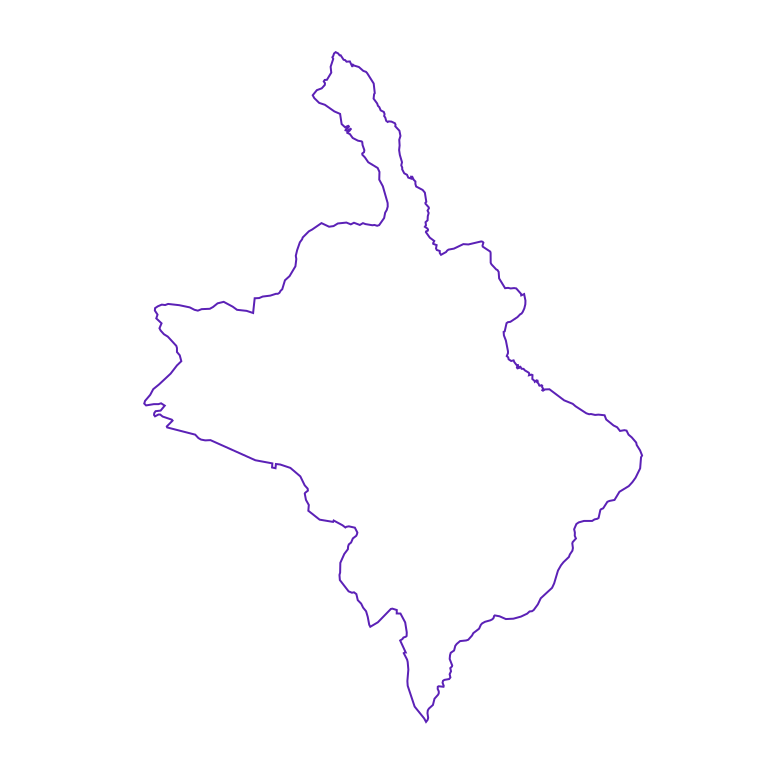 Moreni, Dâmbovita, Romania (Robinson projection), rotated 47°
{"feature_id": "2599482B38559209444692", "entity_name": "Moreni", "entity_type": "district", "adm_level": 2, "iso_a3": "ROU", "parent_name": "Romania", "parent_adm1": "Dâmbovita", "projection": "robinson", "projection_center": [25.624, 44.986], "detail": "fine", "context": "isolated", "style": "outline", "palette": "violet", "viewbox_px": 768, "rotation_deg": 47, "n_neighbors": 0, "source": "geoboundaries", "source_scale": "gbopen_adm2", "svg_char_len": 6165}
<svg xmlns="http://www.w3.org/2000/svg" viewBox="0 0 768 768"><g transform="rotate(47 384 384)"><path d="M659.8,583.7L659.4,581.2L658.3,579.4L654.4,576.7L652.6,574.6L652.0,572.6L652.1,567.1L648.6,561.7L648.1,556.2L647.4,554.7L646.0,553.5L643.6,552.7L642.1,551.1L642.4,550.1L646.0,547.0L645.5,546.2L642.4,544.9L641.3,543.2L641.6,541.6L644.2,537.6L643.9,535.6L641.0,533.9L639.8,530.9L637.0,529.3L636.9,526.9L636.4,526.1L629.9,523.5L627.4,520.7L626.1,518.5L626.7,514.5L624.1,510.4L623.7,508.1L623.9,503.7L627.6,498.8L628.5,496.8L628.0,491.2L627.1,488.6L627.8,481.3L626.2,477.5L626.0,475.5L626.8,472.3L629.4,467.3L630.0,465.1L629.8,463.3L628.8,461.8L628.8,460.8L632.7,457.9L639.0,455.2L643.9,449.4L647.5,442.5L649.6,435.9L649.6,432.7L651.1,430.7L651.4,428.7L650.1,421.8L647.6,415.5L647.7,400.1L645.9,395.6L639.1,384.0L637.3,378.2L636.7,374.2L636.6,366.7L635.4,364.3L634.4,359.9L632.8,357.7L629.0,355.0L628.3,353.8L627.9,349.0L625.1,348.0L622.8,345.7L619.9,344.0L617.6,338.8L618.0,336.0L620.5,331.2L626.1,325.2L626.6,322.4L628.1,319.8L628.3,318.4L623.7,311.7L623.6,310.7L624.4,308.5L622.5,301.0L623.3,298.8L626.0,294.5L623.4,285.3L625.6,274.6L625.2,269.4L624.1,263.9L620.4,254.2L612.9,246.0L612.3,244.0L607.2,242.0L601.0,240.8L598.8,239.5L592.0,239.2L587.8,239.7L583.5,238.4L581.7,239.7L579.3,243.4L574.6,243.0L570.9,244.4L561.5,245.7L557.3,244.0L552.7,248.0L550.6,250.7L547.1,253.1L546.0,254.6L543.4,256.0L530.9,259.1L527.2,259.5L518.8,263.4L500.7,266.6L497.8,269.9L497.3,272.3L496.5,272.5L496.0,270.8L494.1,270.5L493.1,269.4L492.2,269.7L491.7,271.1L491.0,271.5L489.0,270.7L486.8,270.8L486.9,269.8L486.2,269.4L485.3,270.0L485.2,272.2L484.3,271.8L481.5,272.1L478.7,269.3L477.8,269.7L476.5,272.0L475.8,270.9L474.5,270.4L470.0,271.7L468.1,271.6L466.7,273.0L464.4,272.5L464.0,273.3L464.4,274.2L463.6,275.7L462.6,275.6L462.2,275.0L462.7,273.8L461.5,273.1L460.5,274.1L457.0,273.8L455.1,273.1L453.9,275.3L450.9,276.0L449.2,275.0L447.3,275.2L446.0,272.3L444.6,271.0L435.3,265.2L430.3,263.2L427.5,261.0L427.8,259.8L423.1,252.9L423.3,251.2L424.7,249.2L426.1,240.8L425.9,236.7L426.3,235.5L425.9,233.4L424.4,229.8L422.1,226.3L419.5,223.7L413.8,220.2L412.8,223.2L411.4,222.3L404.3,222.1L402.6,223.4L400.5,226.2L398.3,227.7L396.5,230.1L385.3,227.8L380.2,223.7L378.0,223.3L376.8,223.8L369.8,223.8L368.1,223.3L360.8,216.6L359.6,216.0L350.9,218.1L350.0,217.6L348.4,214.9L347.2,214.9L346.0,215.7L339.5,227.1L335.8,230.6L332.7,240.5L329.7,245.2L329.5,246.9L329.8,248.6L328.4,254.2L326.3,253.9L324.7,252.5L322.0,254.0L320.3,253.5L318.3,250.8L315.1,252.4L314.5,252.0L313.7,249.7L308.2,250.7L301.5,249.8L301.1,249.2L301.7,247.4L301.2,246.6L300.0,246.2L296.9,246.9L296.5,245.0L294.0,243.3L294.0,240.5L291.1,237.5L289.4,234.7L286.9,233.9L286.1,231.3L285.3,230.8L280.4,230.7L279.7,230.1L279.6,228.8L271.9,223.6L268.4,223.4L261.5,225.8L259.1,224.6L257.3,222.9L254.9,223.0L251.7,222.0L250.9,222.8L252.4,224.0L249.6,225.5L246.7,224.5L243.7,225.5L239.4,224.3L238.2,223.1L235.8,222.2L234.1,219.6L227.3,216.2L223.2,213.4L220.2,209.9L215.8,206.3L213.8,202.8L209.3,200.0L203.2,200.0L202.2,198.7L200.7,198.2L197.2,199.6L195.2,201.4L194.9,202.6L193.0,202.9L190.1,201.4L188.1,201.1L187.0,199.5L184.9,198.6L181.6,199.8L178.3,198.6L176.4,198.7L174.2,197.7L168.2,197.0L165.3,193.6L165.0,192.4L157.2,186.6L145.1,184.3L143.4,184.3L140.9,185.6L135.0,186.2L130.7,188.7L129.0,189.0L128.7,189.6L129.1,190.1L129.9,189.9L130.1,190.3L129.8,190.6L124.8,189.0L122.7,191.6L120.7,191.5L119.3,192.4L114.0,191.5L113.4,192.3L110.9,192.1L108.3,193.1L108.2,195.1L109.6,197.7L109.8,198.9L111.6,199.4L115.6,206.7L120.3,210.2L122.6,218.3L121.2,220.0L121.6,221.7L123.7,222.0L124.9,223.3L125.3,227.9L123.3,232.7L124.2,239.2L127.3,240.0L134.2,239.7L139.5,236.8L150.8,234.4L156.5,231.9L165.0,237.7L169.6,237.4L170.8,234.1L171.7,234.0L172.1,234.9L171.7,238.1L172.2,239.1L173.7,238.2L174.8,233.6L175.3,236.5L174.8,239.1L175.3,239.6L177.9,238.5L182.7,239.1L188.3,237.1L191.3,234.9L192.2,234.9L194.6,236.7L199.6,238.9L200.8,240.5L200.6,242.7L201.6,243.5L205.2,243.4L211.1,244.3L221.7,241.3L225.8,242.7L231.3,248.1L238.6,250.0L254.1,257.9L256.8,260.3L258.6,263.3L259.5,266.3L262.7,270.7L264.5,279.2L263.6,281.1L261.2,282.5L260.0,284.2L254.4,288.5L252.0,289.7L251.2,293.2L245.6,296.0L244.6,299.4L240.3,301.4L235.1,308.3L234.1,313.2L231.5,316.9L223.7,320.0L222.0,331.3L221.1,334.8L221.4,343.5L222.3,345.2L223.0,348.9L226.9,356.3L230.1,361.1L232.8,362.9L237.5,368.5L240.7,379.5L240.6,385.7L245.3,393.8L245.3,396.1L246.0,398.3L245.6,400.2L244.3,401.6L241.8,406.9L237.3,413.1L236.0,416.7L233.1,420.1L242.8,431.3L236.8,434.6L229.5,440.9L224.3,441.9L214.6,445.2L211.5,450.7L211.1,456.5L210.2,460.1L204.9,466.3L203.4,470.1L200.5,472.0L195.5,473.8L186.7,480.0L178.2,487.3L177.0,490.2L174.4,492.4L172.9,496.5L172.4,499.7L174.0,501.5L178.8,502.3L180.7,505.8L187.9,505.3L190.1,510.2L192.6,510.9L197.5,511.0L201.9,509.8L214.5,509.9L216.5,510.9L219.4,513.6L223.7,513.8L229.1,516.7L229.2,522.7L230.9,533.0L230.9,548.9L230.4,556.3L232.5,562.4L233.4,570.3L234.8,572.7L237.4,572.6L241.8,566.0L244.9,562.7L246.1,560.2L250.3,559.1L251.1,565.5L248.1,569.6L248.6,571.9L249.8,573.3L251.5,573.5L252.5,569.8L253.7,568.5L256.8,568.1L265.4,563.5L266.6,563.6L266.9,571.8L267.9,572.2L292.3,556.6L297.0,556.6L299.9,555.7L303.3,553.2L306.7,549.2L352.0,530.1L365.9,519.8L368.7,522.8L371.6,520.8L368.8,517.6L372.1,514.8L381.5,509.7L394.5,508.2L404.0,511.1L408.5,511.2L410.1,512.4L409.8,515.8L410.1,516.7L415.5,520.1L421.2,521.5L425.1,525.8L439.3,523.6L450.1,515.3L449.5,513.9L459.0,510.7L462.6,510.1L462.8,508.9L464.1,506.8L469.2,503.3L474.5,504.8L475.4,506.2L476.1,507.8L475.7,512.1L477.5,516.2L477.3,519.1L478.3,521.0L480.2,523.1L481.2,528.9L485.0,537.9L492.0,544.7L493.3,546.8L497.3,550.0L511.5,551.3L514.8,549.8L515.9,548.0L518.8,547.5L524.2,550.6L529.1,550.5L533.3,551.8L538.0,552.1L543.2,554.7L550.0,559.0L552.2,559.6L554.1,551.0L553.2,532.4L554.0,531.1L558.0,528.8L560.5,531.2L563.1,528.5L572.8,531.1L581.1,536.7L583.7,539.3L583.7,540.4L582.7,542.7L583.1,544.5L582.6,547.1L595.1,551.2L594.5,551.8L594.3,553.1L601.4,555.1L603.5,556.3L609.5,561.0L617.2,569.5L620.9,572.5L640.8,581.6L656.0,582.7L659.8,583.7Z" fill="none" stroke="#5b21b6" stroke-width="2"/></g></svg>